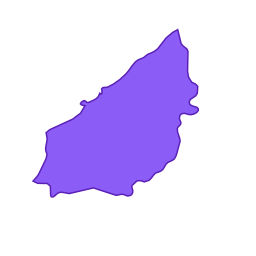 map outline of Ogliastra (Albers equal-area conic projection), rotated 225°
{"feature_id": "ITA-5377", "entity_name": "Ogliastra", "entity_type": "Province", "adm_level": 1, "iso_a3": "ITA", "parent_name": "Italy", "parent_adm1": "", "projection": "albers", "projection_center": [9.501, 39.887], "detail": "fine", "context": "isolated", "style": "filled", "palette": "violet", "viewbox_px": 256, "rotation_deg": 225, "n_neighbors": 0, "source": "natural_earth", "source_scale": "10m", "svg_char_len": 1563}
<svg xmlns="http://www.w3.org/2000/svg" viewBox="0 0 256 256"><g transform="rotate(225 128 128)"><path d="M157.6,23.3L158.0,29.2L158.5,32.1L164.1,48.1L166.6,52.1L170.1,53.8L172.0,55.5L177.3,63.0L182.6,66.8L182.1,71.6L173.4,95.1L172.0,104.9L174.2,113.4L175.6,112.3L177.3,111.4L178.7,111.4L179.3,113.4L178.5,116.3L177.0,117.0L175.4,117.0L174.2,117.8L172.5,121.9L171.3,125.7L171.2,129.3L172.6,132.7L171.0,132.7L171.1,134.6L172.2,135.2L173.1,136.3L174.3,136.9L174.3,138.8L171.3,142.5L169.3,149.0L168.0,156.8L167.7,164.4L168.0,168.4L169.2,176.0L169.5,180.3L169.0,183.4L166.8,188.6L166.3,193.1L165.8,195.0L164.7,197.4L163.6,200.7L163.0,204.8L164.7,218.6L164.0,227.2L162.4,232.7L150.4,225.4L147.8,224.9L142.0,225.5L139.7,224.5L125.9,210.1L121.0,206.7L115.2,205.4L111.5,206.8L108.2,206.8L103.5,201.5L102.9,198.6L104.1,192.3L103.1,189.6L100.8,188.4L98.4,189.0L93.7,191.4L92.0,191.3L90.8,190.3L90.4,188.6L90.6,186.4L91.5,184.1L92.8,182.1L94.3,180.7L98.6,178.2L100.2,175.9L100.2,173.4L98.1,170.8L94.6,169.4L93.7,168.4L93.3,167.0L93.3,163.8L92.8,162.5L90.1,160.2L84.1,157.2L81.8,155.5L74.6,142.9L73.4,139.1L73.7,136.7L75.5,131.7L75.5,129.2L74.1,123.8L74.2,121.3L75.2,118.5L76.7,115.8L76.6,112.5L76.1,109.1L76.1,105.9L78.4,101.4L81.6,99.8L84.2,97.3L84.5,90.3L83.9,89.2L80.3,87.1L79.4,86.1L78.7,85.0L78.4,83.7L78.6,82.1L80.1,79.7L84.6,77.6L86.5,75.6L87.7,73.4L89.0,71.9L110.2,61.1L123.1,40.2L129.6,35.6L131.2,33.4L131.7,31.2L131.8,28.6L132.2,26.4L133.6,25.1L135.3,25.9L141.7,31.9L145.8,31.7L152.8,25.0L157.6,23.3Z" fill="#8b5cf6" stroke="#5b21b6" stroke-width="1.5"/></g></svg>